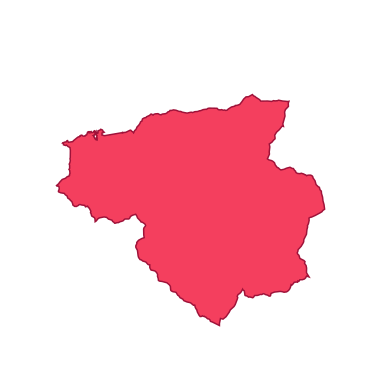 outline of Valea Doftanei, Prahova, Romania, rotated 109°
{"feature_id": "2599482B14208622579694", "entity_name": "Valea Doftanei", "entity_type": "district", "adm_level": 2, "iso_a3": "ROU", "parent_name": "Romania", "parent_adm1": "Prahova", "projection": "natural_earth1", "projection_center": [25.733, 45.364], "detail": "fine", "context": "isolated", "style": "filled", "palette": "rose", "viewbox_px": 384, "rotation_deg": 109, "n_neighbors": 0, "source": "geoboundaries", "source_scale": "gbopen_adm2", "svg_char_len": 6051}
<svg xmlns="http://www.w3.org/2000/svg" viewBox="0 0 384 384"><g transform="rotate(109 192 192)"><path d="M187.9,330.3L187.7,329.5L189.2,328.9L189.2,326.7L188.5,325.9L189.3,324.3L189.7,321.9L192.1,320.6L199.1,318.3L200.2,318.2L202.1,317.2L204.4,317.0L205.6,317.2L206.4,316.5L209.4,315.4L210.7,315.7L211.4,314.7L214.2,313.4L215.0,313.6L215.8,313.2L216.2,313.5L217.3,313.6L218.0,314.9L220.2,316.1L222.4,318.8L226.3,320.5L227.3,320.6L230.0,322.2L230.4,321.5L229.9,320.1L230.5,319.4L232.4,318.5L234.7,318.6L235.3,318.2L235.5,316.0L234.9,312.3L235.8,311.0L236.5,308.7L238.1,307.6L238.4,306.9L238.7,305.4L239.6,304.1L240.1,302.6L242.1,300.9L243.1,300.4L243.8,298.3L243.3,296.6L241.6,295.0L241.0,294.8L240.3,293.9L240.2,292.0L239.6,289.1L240.7,287.9L239.4,286.1L240.4,284.9L240.7,283.9L243.1,281.4L244.7,281.2L245.4,280.2L246.2,279.9L247.4,278.9L248.0,276.0L248.8,275.1L251.6,273.9L250.5,273.1L247.9,272.2L246.6,271.1L244.2,267.0L243.8,264.4L244.8,262.2L244.7,258.5L245.7,257.4L245.9,256.4L246.7,254.9L246.3,254.1L245.5,253.1L244.9,251.6L243.4,250.2L242.6,248.9L241.4,247.6L239.8,247.0L239.1,246.0L238.1,243.1L237.4,242.5L235.7,242.3L234.4,241.7L233.2,240.5L231.4,238.0L232.6,236.4L234.2,235.1L236.2,231.3L236.9,230.5L236.8,228.8L237.4,226.7L237.8,225.8L238.7,225.0L239.6,225.0L241.3,225.7L242.7,225.7L248.4,223.6L250.7,222.3L252.4,224.4L255.0,226.8L257.6,227.8L258.6,227.4L261.3,227.6L262.7,227.0L264.9,224.6L270.0,222.1L271.4,221.1L272.8,219.1L272.7,217.7L273.3,216.2L273.2,212.9L274.8,210.1L274.9,209.6L274.6,208.2L277.2,207.3L278.4,206.2L279.1,205.3L278.7,201.6L279.2,200.1L280.2,198.6L281.3,197.6L282.9,197.2L284.6,195.9L286.6,194.9L286.8,193.5L286.3,191.1L286.0,186.1L287.2,183.1L288.3,181.7L290.9,180.6L292.0,179.9L292.3,179.1L292.5,177.3L292.2,176.1L292.1,174.4L294.2,171.9L294.5,170.6L295.8,168.9L296.3,165.8L297.4,164.3L297.6,161.0L297.2,157.4L298.6,153.7L298.1,152.6L300.1,151.3L301.4,149.9L301.5,149.4L303.8,147.8L306.3,145.1L307.1,143.7L306.5,142.4L305.7,141.9L305.9,140.7L305.5,139.9L305.9,139.0L305.8,138.2L306.8,136.0L306.6,134.9L306.7,134.2L307.3,133.2L308.3,132.4L308.3,130.5L309.3,122.6L307.2,123.3L302.3,123.9L302.1,121.3L298.8,119.2L293.5,117.7L291.0,117.4L286.6,115.0L284.4,114.5L278.4,114.3L276.9,114.4L275.9,115.3L274.8,115.2L273.8,115.0L272.5,113.9L270.5,113.0L267.5,112.5L268.0,112.1L268.4,110.4L272.4,108.3L272.6,107.9L272.4,106.4L273.0,104.2L272.4,103.2L272.2,100.1L271.2,99.5L269.5,99.1L268.4,96.3L266.6,94.0L266.2,92.6L265.0,91.6L264.8,90.1L265.1,89.4L264.9,86.8L265.3,85.6L265.1,84.4L264.5,84.0L262.2,84.3L259.8,81.5L257.3,76.3L256.9,74.4L256.8,72.3L255.6,70.0L253.8,68.7L252.0,68.1L250.3,67.9L247.3,68.1L247.6,67.3L245.5,66.3L244.1,66.0L243.1,63.9L242.9,62.8L241.6,62.9L241.7,62.2L241.5,61.8L239.9,61.5L239.0,59.1L237.7,57.4L236.2,56.6L234.2,56.3L234.2,53.7L231.4,57.1L230.7,57.6L226.6,58.9L224.4,60.2L222.8,62.4L221.0,62.5L220.3,64.0L219.7,68.3L217.0,70.3L216.4,71.7L215.3,72.7L213.7,72.6L211.9,72.9L207.8,71.1L204.0,70.3L202.7,70.2L200.6,70.8L194.7,70.0L190.1,71.1L187.4,71.3L186.3,71.9L184.1,71.6L180.7,72.0L178.6,72.9L177.4,71.9L176.9,70.9L174.1,67.9L170.0,64.1L168.3,62.7L166.9,62.3L165.1,61.0L160.9,63.1L157.7,65.3L154.3,66.9L151.2,69.1L149.1,70.0L148.2,71.7L146.1,73.1L145.9,74.4L144.6,77.1L141.4,79.3L139.4,82.0L138.0,83.0L137.6,83.8L137.4,85.1L137.6,85.9L138.3,87.8L139.3,89.0L138.8,90.1L138.9,91.4L138.6,92.0L138.7,94.8L139.5,95.9L140.1,98.4L139.7,100.1L138.6,100.9L138.2,102.0L136.8,103.8L137.1,105.0L136.7,107.4L138.8,110.5L140.5,112.3L142.2,115.1L141.9,116.5L141.1,118.1L141.0,119.5L139.2,122.2L137.5,123.5L136.7,125.4L136.4,126.9L136.6,129.7L136.1,131.5L131.0,131.1L129.0,132.0L124.0,133.1L121.4,134.6L119.0,132.7L116.2,131.7L115.0,130.9L114.2,130.9L111.3,132.3L107.8,131.5L104.6,129.7L100.5,128.3L100.2,128.0L100.2,126.9L98.1,128.3L89.9,128.8L86.2,130.5L83.7,130.5L79.7,128.7L76.6,129.9L74.7,129.9L75.2,130.8L76.5,136.0L77.0,140.0L77.8,140.9L78.8,143.0L79.1,144.7L80.4,146.1L81.4,150.2L83.7,156.6L82.7,158.1L81.6,162.6L81.1,163.8L81.1,165.0L80.2,166.6L83.5,169.6L84.5,171.9L87.3,173.4L90.4,174.2L93.7,175.4L95.4,177.6L96.1,179.3L96.9,179.5L98.8,182.4L101.7,184.7L103.1,185.4L103.9,186.6L103.8,187.8L104.2,188.3L104.5,189.3L104.5,190.9L105.1,191.8L105.5,193.3L105.5,194.1L104.7,195.6L107.1,203.0L107.7,204.1L109.2,205.3L109.4,206.2L110.5,208.3L112.2,210.2L112.7,211.2L114.1,213.0L115.1,215.4L116.7,217.3L116.7,218.3L117.2,219.5L119.0,222.3L119.7,227.4L119.5,228.8L120.0,230.6L119.9,233.7L120.4,236.3L121.5,237.8L122.0,239.3L123.2,239.7L124.3,241.0L125.2,241.3L126.5,242.4L128.0,245.5L129.1,246.4L129.3,247.9L129.0,249.7L130.1,252.2L130.9,253.3L131.9,253.8L131.9,254.7L131.5,255.3L131.7,256.2L133.4,257.1L135.7,259.5L136.5,259.7L137.6,261.4L139.0,262.6L141.4,262.5L141.7,263.0L142.6,263.5L143.9,263.5L145.9,264.0L148.6,265.2L150.2,265.2L151.8,265.6L152.4,266.2L155.1,266.5L154.3,267.8L154.2,269.0L153.6,269.7L153.6,270.5L157.1,274.0L158.2,276.4L158.2,277.2L158.6,277.5L158.9,277.2L159.2,278.4L167.2,293.0L167.4,294.4L167.2,295.1L167.4,295.6L165.6,296.3L164.1,294.5L163.3,296.5L162.8,296.5L162.5,297.1L162.4,298.7L163.2,299.0L164.8,300.8L165.8,300.3L166.3,301.1L166.8,300.4L167.1,300.3L167.3,301.4L167.7,301.2L168.2,301.4L168.8,301.0L169.2,301.4L169.6,300.6L169.5,300.3L169.8,300.0L170.8,300.1L171.5,299.5L172.0,300.1L173.0,299.1L172.9,298.8L173.7,298.7L173.5,299.8L173.8,299.7L173.8,300.0L173.1,301.3L171.8,302.4L171.8,302.7L171.3,303.1L171.1,302.8L170.7,302.9L170.7,303.6L169.8,302.8L169.7,303.0L169.1,303.0L167.6,302.2L167.3,302.6L166.9,302.4L166.4,302.5L167.5,302.9L167.2,303.5L165.9,303.7L165.8,304.0L166.7,304.7L167.4,304.6L168.3,305.6L168.4,305.9L167.8,306.9L168.3,307.0L168.0,307.2L168.2,307.3L168.2,308.1L168.7,309.5L169.5,308.7L169.8,310.2L172.3,310.2L172.8,311.0L173.6,311.1L173.7,311.6L174.4,312.1L174.6,313.4L174.1,314.6L174.4,315.3L175.2,315.6L175.0,315.9L175.4,316.3L176.1,316.2L176.5,316.5L176.8,317.3L177.6,318.0L182.1,320.8L183.2,321.2L185.3,325.1L183.9,326.4L184.2,326.9L185.5,327.2L186.5,329.0L187.3,329.6L187.5,330.2L187.9,330.3Z" fill="#f43f5e" stroke="#9f1239" stroke-width="1.5"/></g></svg>